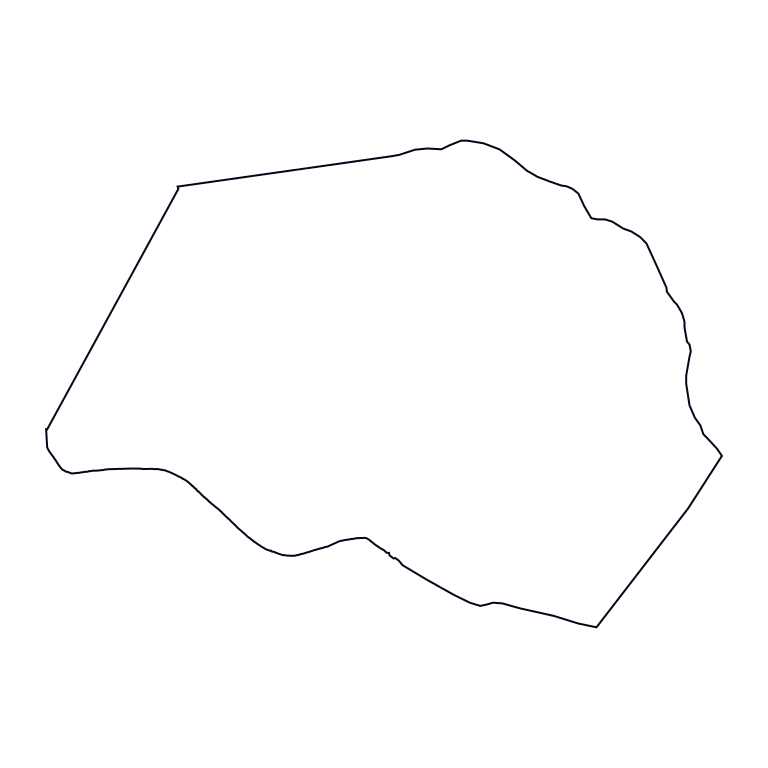 Carriere, Micoud, Saint Lucia (Albers equal-area conic projection)
{"feature_id": "8701671B45853929817808", "entity_name": "Carriere", "entity_type": "district", "adm_level": 2, "iso_a3": "LCA", "parent_name": "Saint Lucia", "parent_adm1": "Micoud", "projection": "albers", "projection_center": [-60.947, 13.836], "detail": "fine", "context": "isolated", "style": "outline", "palette": "ink", "viewbox_px": 768, "rotation_deg": 0, "n_neighbors": 0, "source": "geoboundaries", "source_scale": "gbopen_adm2", "svg_char_len": 4843}
<svg xmlns="http://www.w3.org/2000/svg" viewBox="0 0 768 768"><path d="M46.1,429.3L47.1,445.9L47.1,446.8L47.5,448.1L47.9,449.0L49.2,451.1L49.7,452.1L50.4,452.9L50.9,453.7L51.4,454.4L52.0,455.2L53.5,457.0L53.8,457.7L54.6,458.9L55.5,459.9L56.0,460.9L56.9,462.4L57.6,463.3L58.3,464.5L59.1,465.5L59.8,466.7L61.2,468.2L61.9,469.4L62.6,469.7L63.6,470.3L64.6,470.6L65.5,471.5L66.4,471.7L68.4,472.1L69.5,472.8L70.3,472.9L71.2,473.4L72.4,473.4L73.8,473.4L74.8,473.3L76.0,473.0L77.2,472.9L78.6,472.9L79.8,472.7L80.6,472.5L81.9,472.3L83.0,472.2L83.9,472.0L84.8,471.8L85.8,471.8L86.8,471.8L87.9,471.6L88.7,471.2L89.7,471.2L90.8,471.1L91.6,470.9L92.7,470.7L93.5,470.7L94.6,470.7L95.4,470.7L97.0,470.6L98.2,470.6L99.5,470.3L100.8,470.2L101.9,470.1L103.0,470.1L104.1,469.8L105.0,469.5L106.6,469.5L107.4,469.3L109.0,469.2L110.4,469.2L111.9,469.1L113.2,469.1L114.3,469.1L115.2,469.0L116.0,469.0L117.6,469.0L118.4,468.9L120.0,468.9L121.5,468.9L122.9,468.8L123.8,468.8L125.2,468.7L126.5,468.7L127.9,468.7L129.1,468.6L130.3,468.6L131.1,468.6L132.4,468.5L133.9,468.5L134.8,468.6L136.4,468.6L137.1,468.6L138.1,468.5L140.0,468.7L141.0,468.6L142.2,468.9L143.2,469.1L144.5,469.0L145.5,469.0L146.7,469.0L147.7,469.0L148.8,468.9L150.8,468.9L151.9,468.8L153.1,469.0L153.9,469.1L155.0,469.1L155.8,469.1L156.7,469.0L157.7,469.1L158.5,469.3L159.5,469.3L160.5,469.6L161.6,469.8L162.6,469.9L163.4,470.2L164.8,470.2L165.7,470.7L167.1,471.2L168.3,471.6L169.7,472.1L171.1,472.8L172.5,473.4L173.9,474.1L175.3,474.7L176.2,475.2L177.2,475.7L178.5,476.4L180.2,477.2L181.3,477.7L182.0,478.2L182.7,478.7L183.4,479.0L184.1,479.3L185.0,479.9L186.2,480.6L187.1,481.3L187.9,482.0L188.8,482.6L189.5,483.3L190.2,483.8L191.2,484.8L191.7,485.5L192.5,485.8L193.2,486.5L194.1,487.7L194.8,488.0L195.5,488.8L196.3,489.3L197.0,490.4L198.0,491.4L198.7,491.7L199.3,492.4L200.5,493.5L201.4,494.6L202.1,495.2L202.8,495.7L203.4,496.6L204.1,496.9L205.1,497.9L206.0,498.6L207.4,499.7L208.2,500.7L209.1,501.6L210.3,502.4L211.0,503.2L212.1,504.1L213.1,504.8L214.0,505.6L215.0,506.5L215.9,507.2L217.7,508.6L218.9,509.6L219.9,510.5L221.6,512.1L222.6,513.2L223.5,514.0L224.9,515.5L226.5,517.0L228.3,518.6L229.5,519.6L230.1,520.2L230.6,520.9L231.5,521.7L232.1,522.3L233.1,523.2L234.3,524.4L235.6,525.6L236.7,526.8L237.7,527.8L239.0,529.0L240.6,530.3L241.6,531.1L242.5,532.0L243.4,532.8L244.6,533.8L245.5,534.6L246.6,535.7L247.6,536.7L249.0,537.6L249.7,538.1L251.2,539.3L252.0,540.0L252.9,540.7L254.4,541.8L255.3,542.4L257.3,543.8L258.0,544.3L259.1,545.0L260.4,545.9L261.7,546.8L263.5,547.8L264.2,548.3L264.9,548.6L266.0,549.3L268.2,550.1L269.1,550.4L269.8,550.7L271.0,550.7L271.5,551.4L273.2,551.7L273.9,552.0L274.8,552.1L275.5,552.6L276.7,552.9L277.6,553.3L278.4,553.7L280.0,554.2L280.9,554.5L283.0,555.2L284.5,555.1L285.4,555.3L287.1,555.6L288.4,555.7L289.1,555.7L290.1,555.7L291.6,555.8L292.8,555.8L293.9,555.7L294.9,555.7L295.8,555.5L297.0,555.1L297.8,555.1L298.8,554.9L299.5,554.4L300.5,554.3L301.2,554.0L302.3,553.8L303.3,553.7L304.0,553.4L305.2,553.0L306.2,552.8L307.0,552.4L309.4,551.8L311.1,551.2L312.7,550.7L313.5,550.4L314.4,550.1L316.0,549.7L317.3,549.3L318.7,548.9L320.4,548.4L321.8,548.1L323.1,547.8L323.8,547.4L324.8,547.2L325.8,546.9L326.7,546.8L327.5,546.6L328.4,546.2L329.6,545.7L330.3,545.3L332.0,544.6L332.6,544.2L333.5,543.8L334.4,543.5L335.7,542.9L337.2,542.2L338.4,541.6L340.1,541.1L341.5,540.7L342.5,540.6L343.8,540.3L344.6,540.1L346.3,539.8L347.1,539.7L348.2,539.6L349.0,539.6L350.0,539.2L351.1,539.0L352.1,539.0L354.5,538.6L357.3,538.1L359.0,538.1L360.7,538.0L362.6,538.0L363.6,537.9L364.5,537.9L365.4,537.9L366.2,538.2L367.1,538.5L368.2,539.2L369.0,539.7L369.7,540.2L370.4,540.9L372.0,542.1L373.6,543.4L374.3,544.0L375.6,545.0L376.3,545.5L377.5,546.2L378.1,546.7L378.9,547.2L379.5,547.6L380.5,548.4L381.4,548.8L382.2,549.2L384.0,550.3L384.6,550.8L386.5,552.7L389.0,552.9L389.5,555.3L391.0,556.5L392.7,557.8L393.5,558.5L395.1,558.0L396.1,558.6L397.0,559.3L397.7,559.8L398.4,560.3L399.0,560.9L402.7,565.3L426.1,579.3L439.6,586.9L453.2,594.5L459.2,597.5L469.8,602.7L480.2,605.9L486.4,604.6L493.2,602.7L502.4,603.4L513.0,606.4L520.2,608.4L554.1,616.0L569.5,620.8L578.7,623.6L596.5,627.3L688.2,508.3L721.9,455.9L717.1,448.8L708.7,439.7L703.3,434.1L700.4,425.5L694.9,417.8L689.5,405.3L686.2,383.8L686.2,375.6L689.5,356.7L690.8,351.5L689.5,344.6L687.0,341.6L684.5,327.4L684.5,321.8L682.0,313.2L677.0,304.6L674.0,301.6L666.9,291.7L666.5,287.8L657.3,267.2L646.5,243.5L640.2,237.1L631.4,231.5L623.1,228.5L612.2,221.6L605.1,219.4L597.6,219.4L591.3,218.2L584.2,206.1L578.4,193.6L572.5,188.9L566.7,186.3L561.2,185.5L550.0,181.6L537.4,176.8L532.4,173.8L527.0,170.8L514.9,160.5L499.4,149.3L483.5,143.3L467.6,140.7L461.0,140.7L449.3,145.4L441.3,149.3L427.5,148.5L415.0,149.7L399.1,154.9L391.6,156.2L177.6,186.6L178.3,189.0L47.1,429.5L46.1,429.3Z" fill="none" stroke="#020617" stroke-width="2"/></svg>